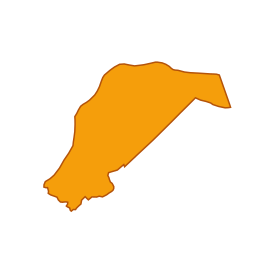 outline of Guaíra, Paraná, Brazil, rotated 47°
{"feature_id": "56859067B14850541028605", "entity_name": "Guaíra", "entity_type": "district", "adm_level": 2, "iso_a3": "BRA", "parent_name": "Brazil", "parent_adm1": "Paraná", "projection": "natural_earth1", "projection_center": [-54.219, -24.193], "detail": "fine", "context": "isolated", "style": "filled", "palette": "amber", "viewbox_px": 256, "rotation_deg": 47, "n_neighbors": 0, "source": "geoboundaries", "source_scale": "gbopen_adm2", "svg_char_len": 1629}
<svg xmlns="http://www.w3.org/2000/svg" viewBox="0 0 256 256"><g transform="rotate(47 128 128)"><path d="M151.5,25.1L149.0,26.6L146.7,28.8L144.4,31.1L136.0,39.0L130.1,44.7L125.6,48.5L119.9,52.1L117.6,54.2L115.8,55.3L113.5,55.7L111.2,55.8L107.2,56.9L103.7,58.6L99.9,61.6L98.5,63.1L96.4,66.8L93.8,71.2L92.4,73.5L90.9,75.6L88.2,79.3L87.1,80.8L83.1,83.9L78.6,87.1L75.7,90.7L74.2,96.3L73.7,100.2L73.5,102.3L73.2,109.1L73.9,112.0L75.4,115.2L78.3,120.7L80.1,125.4L81.2,129.9L81.4,137.2L80.9,141.1L80.1,144.6L79.8,147.8L81.0,151.9L82.4,155.5L83.4,159.1L85.8,161.1L89.1,164.1L94.3,169.3L98.2,174.0L100.8,177.3L103.4,180.3L106.0,188.5L107.8,196.5L110.6,205.4L112.1,214.2L111.9,219.8L110.8,225.0L112.2,228.1L113.9,229.8L115.9,228.6L116.7,227.5L120.0,229.2L121.4,230.9L124.1,230.2L130.2,227.1L133.1,228.0L136.0,227.9L137.6,226.5L138.7,225.0L139.8,223.7L141.2,222.7L142.5,224.1L143.0,226.3L144.3,226.1L146.7,225.2L148.8,226.3L150.1,226.2L150.3,223.6L151.9,222.0L151.5,220.5L151.4,218.3L151.4,216.5L151.5,214.3L149.1,211.1L149.0,206.2L153.5,206.0L153.8,201.4L157.1,198.0L158.2,195.6L161.0,193.6L161.7,191.2L162.3,189.1L162.6,186.2L163.2,183.4L163.3,181.5L162.6,179.8L161.2,178.4L159.3,177.8L157.7,177.4L155.5,177.7L153.3,176.9L151.2,175.8L148.9,175.1L147.4,172.6L151.5,164.4L151.7,158.6L151.9,156.0L154.0,156.9L153.9,139.2L153.9,128.4L153.9,118.2L153.8,114.3L153.1,91.3L153.0,88.6L152.8,83.9L152.6,79.2L152.5,75.4L152.4,71.8L152.3,68.9L152.0,60.3L151.9,58.1L157.1,55.9L161.8,52.8L166.0,50.5L168.8,49.9L174.1,47.0L179.5,43.2L181.5,40.8L182.8,38.9L180.5,37.8L156.8,27.4L151.5,25.1Z" fill="#f59e0b" stroke="#b45309" stroke-width="1.5"/></g></svg>